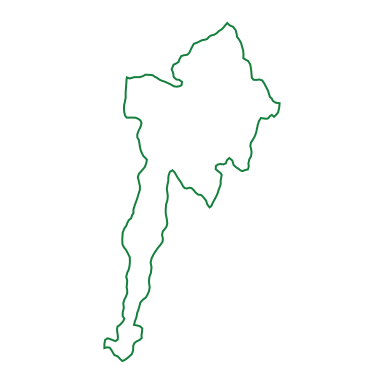 the district of Ibiracatu, Minas Gerais, Brazil, rotated 180°
{"feature_id": "56859067B13974408487448", "entity_name": "Ibiracatu", "entity_type": "district", "adm_level": 2, "iso_a3": "BRA", "parent_name": "Brazil", "parent_adm1": "Minas Gerais", "projection": "equal_earth", "projection_center": [-44.13, -15.651], "detail": "fine", "context": "isolated", "style": "outline", "palette": "green", "viewbox_px": 384, "rotation_deg": 180, "n_neighbors": 0, "source": "geoboundaries", "source_scale": "gbopen_adm2", "svg_char_len": 3862}
<svg xmlns="http://www.w3.org/2000/svg" viewBox="0 0 384 384"><g transform="rotate(180 192 192)"><path d="M279.6,35.9L277.0,36.7L274.3,36.3L272.3,33.5L269.7,29.0L266.1,27.5L263.9,25.0L261.6,23.0L259.5,23.9L257.4,25.3L255.0,27.3L252.1,30.0L250.8,34.0L250.8,38.0L249.7,40.8L247.6,42.5L244.4,44.1L242.3,46.0L242.5,49.0L242.0,52.0L241.7,55.6L244.1,57.8L247.2,58.6L250.0,59.1L249.1,62.7L247.6,66.5L246.8,71.0L245.5,74.6L244.6,77.6L243.7,81.4L241.0,84.4L238.1,86.5L236.3,89.8L234.9,93.1L234.3,97.1L234.9,100.4L235.0,103.8L234.5,107.5L233.1,111.0L232.5,116.8L233.4,121.6L232.2,126.2L230.3,129.8L229.0,132.0L227.5,134.1L225.9,136.4L223.8,138.8L221.5,142.2L221.1,145.3L222.0,149.2L221.1,152.8L219.0,155.2L217.5,157.4L216.7,160.4L217.2,164.8L218.3,170.7L218.3,174.8L217.9,179.7L216.6,183.7L216.2,188.1L216.7,191.8L217.2,195.1L216.6,199.1L215.7,203.0L215.7,206.3L215.2,209.3L214.0,212.3L211.5,213.7L209.2,211.4L207.9,209.0L206.0,205.8L203.9,202.9L202.4,200.5L201.1,198.0L199.4,195.9L197.0,195.5L194.6,196.3L192.3,195.8L190.4,194.0L188.2,191.2L185.9,189.4L182.8,189.0L180.1,186.2L177.9,183.3L176.7,179.6L174.4,176.6L172.7,177.9L171.6,180.5L169.9,183.7L168.0,187.2L166.4,190.6L165.2,194.7L164.0,197.5L163.3,200.2L163.4,203.0L162.9,205.8L162.3,209.1L163.7,211.2L165.7,212.6L168.3,214.8L168.1,218.1L165.9,219.6L163.5,220.0L160.7,219.6L158.2,220.6L157.1,223.7L154.7,226.0L151.7,223.5L150.4,219.1L147.9,216.7L145.3,215.1L143.6,213.6L141.5,212.9L139.0,213.9L136.1,214.6L135.2,217.5L135.6,220.5L134.7,224.7L132.9,227.8L132.4,232.1L133.0,235.3L133.7,238.2L133.0,241.5L130.7,245.0L128.9,248.4L127.7,252.1L126.9,255.9L126.3,258.8L125.1,262.8L123.1,266.0L120.5,265.6L117.8,265.2L115.8,265.7L114.1,267.8L112.2,269.1L110.0,267.2L108.2,268.8L105.9,271.6L104.8,276.3L104.4,280.8L108.4,281.3L111.2,283.2L112.3,285.5L114.0,287.0L115.1,290.3L116.0,293.3L117.7,296.6L119.7,300.5L121.7,303.5L124.5,304.5L127.3,304.1L130.4,304.2L132.2,306.3L132.5,310.1L132.9,314.5L133.8,319.7L135.8,322.9L138.6,324.5L140.7,325.8L140.5,329.4L140.9,333.8L142.0,337.6L142.9,340.9L144.9,344.5L147.0,347.2L147.4,350.2L148.3,353.7L150.9,357.2L154.4,358.7L156.8,361.0L158.8,358.6L161.2,355.7L163.0,354.2L165.3,352.8L167.1,351.0L169.7,349.3L172.9,348.5L175.0,347.2L176.8,345.1L178.9,344.3L181.2,344.0L183.3,343.2L185.4,342.1L187.7,341.0L190.1,340.3L191.8,337.3L193.1,334.7L194.5,331.6L196.6,329.3L200.3,328.7L202.8,327.9L204.5,324.8L205.5,322.0L207.7,320.6L210.5,319.3L212.3,314.8L210.9,311.2L210.3,307.0L207.6,304.5L204.9,304.2L201.9,302.1L202.5,298.8L204.5,297.8L207.1,297.3L210.1,297.7L212.8,299.3L216.1,300.9L219.4,302.4L222.0,303.2L224.6,304.4L227.1,306.2L229.1,307.2L231.4,308.8L234.6,309.1L238.6,309.3L241.0,307.9L244.1,306.9L246.8,306.9L249.4,306.9L252.3,306.1L254.5,305.5L257.1,306.6L257.5,303.9L257.7,300.5L257.9,297.5L258.2,294.2L258.4,290.2L258.3,286.5L259.2,281.9L260.0,278.1L260.0,274.8L259.8,272.0L258.9,268.4L257.4,266.4L253.6,266.4L250.7,266.4L248.5,266.3L246.0,265.3L243.6,263.6L242.5,261.0L243.4,257.3L245.4,253.3L246.7,249.7L246.7,246.6L245.1,243.9L244.2,238.1L243.6,234.8L242.3,231.1L240.5,227.8L238.7,226.1L237.1,224.3L237.8,220.6L239.3,216.8L242.3,213.3L245.1,210.1L246.2,206.9L245.4,203.6L244.7,200.6L244.1,197.9L244.1,194.2L245.5,189.9L246.6,186.1L247.8,182.7L249.5,178.1L250.6,174.2L250.5,171.0L251.9,168.9L252.9,165.7L255.4,163.7L256.8,160.7L257.8,158.1L259.8,155.3L261.4,151.0L261.5,148.1L261.7,145.3L261.7,142.5L261.5,139.7L260.1,136.7L258.0,134.1L256.3,131.0L254.2,126.7L254.1,121.6L254.5,117.8L255.4,114.1L256.6,111.7L257.8,107.3L256.8,103.5L257.0,100.3L257.4,97.0L256.8,93.8L256.8,90.7L258.2,87.2L259.7,84.2L260.7,80.8L260.2,75.9L261.3,71.8L261.3,67.8L259.7,65.5L260.8,62.7L262.4,61.0L264.3,58.9L266.5,57.5L267.0,54.2L266.6,51.1L266.1,47.7L266.3,44.4L268.5,42.9L271.1,43.8L273.8,44.9L276.5,45.7L278.8,44.2L279.6,40.2L279.6,35.9Z" fill="none" stroke="#15803d" stroke-width="2"/></g></svg>